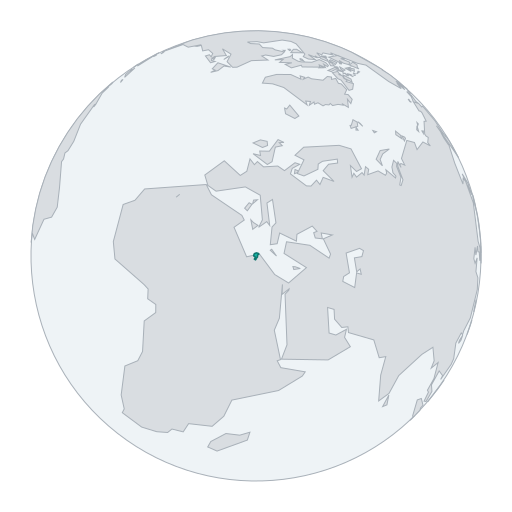 Al Marj highlighted on a globe, orthographic projection, rotated 38°
{"feature_id": "LBY-2981", "entity_name": "Al Marj", "entity_type": "Municipality", "adm_level": 1, "iso_a3": "LBY", "parent_name": "Libya", "parent_adm1": "", "projection": "orthographic", "projection_center": [21.128, 31.907], "detail": "fine", "context": "on_globe", "style": "filled", "palette": "teal", "viewbox_px": 512, "rotation_deg": 38, "n_neighbors": 0, "source": "natural_earth", "source_scale": "10m", "svg_char_len": 10650}
<svg xmlns="http://www.w3.org/2000/svg" viewBox="0 0 512 512"><g transform="rotate(38 256 256)"><circle cx="256" cy="256" r="225" fill="#eef3f6" stroke="#a8b0b8"/><path d="M194.6,39.3L206.1,36.5L233.7,32.2L241.6,31.2L240.5,31.7L249.5,30.8L253.1,30.7L252.3,30.8L262.3,30.8L263.2,31.0L268.5,31.3L268.6,31.7L259.3,31.9L259.2,32.3L266.3,32.4L270.9,33.3L260.5,33.0L267.4,34.7L253.1,36.8L225.1,37.9L217.5,41.6L189.6,50.0L192.5,50.4L183.8,54.7L183.9,57.0L178.7,58.5L183.3,59.2L188.0,57.4L191.6,57.2L192.1,58.6L185.5,60.5L184.3,60.1L182.7,61.5L179.2,62.0L181.2,62.5L173.2,65.1L181.8,64.7L175.9,68.6L170.5,69.8L170.2,66.8L157.0,64.1L151.4,65.4L143.7,69.7L130.8,83.3L124.9,86.4L117.5,92.7L121.0,91.9L128.1,86.9L132.9,87.7L141.0,82.1L144.1,81.8L152.7,77.8L152.2,81.7L147.0,87.9L139.8,91.7L137.4,94.8L144.8,94.2L132.1,104.9L124.8,118.9L121.4,121.7L113.6,120.7L112.0,112.3L102.0,113.4L109.2,116.3L100.6,124.2L99.5,127.3L100.5,129.3L104.0,127.9L101.2,131.7L93.0,129.5L95.4,126.1L98.0,126.6L97.2,123.0L91.6,122.7L87.7,127.2L83.3,123.7L80.5,127.1L78.0,128.7L82.8,123.2L74.0,133.2L68.3,134.3L56.3,153.1L67.3,134.1L70.7,128.3L73.8,123.5L72.4,125.5L82.7,112.1L94.0,99.4L106.2,87.7L119.3,76.9L133.1,67.2L147.7,58.5L162.8,50.9L178.5,44.5L194.6,39.3ZM35.9,208.0L36.1,207.0L36.3,209.0L33.8,220.1L35.8,213.5L34.5,222.4L36.3,234.7L35.5,236.2L36.6,260.2L41.8,277.8L43.0,288.8L42.0,292.4L44.6,298.0L44.7,301.4L59.0,323.0L69.3,339.9L71.0,351.2L66.3,357.6L71.4,379.2L65.5,375.6L70.2,383.5L70.3,383.5L61.3,369.4L53.5,354.7L46.7,339.4L41.1,323.6L36.7,307.5L33.5,291.1L31.5,274.5L30.7,257.8L31.2,241.1L32.9,224.5L35.9,208.0ZM54.4,155.4L53.1,158.7L45.6,179.4L46.7,173.8L47.0,173.4L49.6,166.7L53.3,157.8L54.3,155.6L54.4,155.4ZM57.0,153.9L58.0,151.1L57.5,153.1L57.0,153.9ZM269.2,31.3L270.5,31.3L272.7,31.5L269.2,31.3ZM152.4,76.0L152.5,76.9L150.9,77.1L152.4,76.0ZM156.0,73.5L154.0,73.3L155.4,72.1L156.6,72.3L156.0,73.5ZM274.9,32.5L278.1,33.1L273.3,32.4L274.9,32.5ZM158.2,74.3L158.2,70.1L160.7,68.1L167.5,67.3L158.2,74.3ZM279.0,33.6L286.9,35.8L290.3,35.7L285.1,37.6L280.1,34.8L273.5,33.7L278.1,34.0L279.0,33.6ZM189.3,56.3L184.3,58.2L188.0,55.5L189.3,56.3ZM190.8,54.6L197.1,47.5L204.8,45.8L201.1,48.3L210.7,45.5L211.3,48.1L206.2,50.2L201.1,50.7L205.2,51.4L190.8,54.6ZM281.0,38.6L281.5,39.4L279.2,38.7L281.0,38.6ZM193.3,57.0L193.9,55.5L200.6,53.8L200.6,56.5L198.5,56.1L193.3,57.0ZM212.9,43.7L217.9,43.2L219.8,45.0L221.9,45.2L212.0,48.0L212.9,43.7ZM197.2,57.2L200.5,58.0L197.8,60.1L193.2,58.3L197.2,57.2ZM202.3,52.4L205.5,51.8L203.7,52.9L202.3,52.4ZM190.0,68.8L190.6,66.6L194.1,65.5L190.0,68.8ZM201.9,58.1L202.8,57.4L204.3,56.8L205.8,57.8L201.9,58.1ZM214.0,49.3L213.8,50.4L218.2,48.2L219.8,49.9L212.8,51.6L216.5,51.5L217.0,52.1L210.8,53.0L214.0,49.3ZM211.7,57.2L203.5,60.5L201.7,64.4L198.5,65.5L202.0,59.0L211.7,57.2ZM211.7,54.6L211.0,56.4L207.4,56.5L205.7,55.4L211.7,54.6ZM223.3,50.5L222.7,47.5L224.2,47.2L223.3,50.5ZM211.9,58.2L213.9,57.4L212.2,58.5L211.9,58.2ZM220.6,52.7L220.2,51.6L222.0,51.3L220.6,52.7ZM218.3,56.9L215.6,57.9L214.3,57.1L218.3,56.9ZM219.9,55.0L222.4,54.9L215.5,56.2L219.4,54.5L219.9,55.0ZM222.4,52.6L223.3,52.1L222.3,53.2L222.4,52.6ZM224.6,59.8L216.1,61.6L213.3,59.7L221.9,58.1L224.6,59.8ZM134.7,332.5L119.6,297.2L126.3,286.6L127.0,271.7L172.8,230.3L183.2,235.2L219.9,232.7L224.6,234.9L221.0,246.9L249.1,262.4L257.4,252.3L282.2,259.1L298.3,257.2L302.9,234.1L276.5,236.7L271.3,226.0L291.9,214.4L314.9,212.7L313.6,208.6L298.5,201.0L303.2,192.4L293.2,197.7L297.7,201.6L291.6,205.3L287.1,202.1L288.9,199.0L281.9,197.8L274.9,213.7L278.7,219.4L260.5,223.3L265.1,233.3L260.3,238.3L250.8,223.3L251.3,217.6L234.2,201.3L232.0,207.5L248.0,223.5L243.3,222.3L240.4,231.8L238.8,223.6L221.9,205.5L205.1,208.1L184.6,229.5L174.6,230.0L165.8,223.7L172.4,200.5L194.0,202.2L196.6,194.9L191.5,183.2L198.5,185.0L199.0,180.7L207.1,181.1L217.8,171.7L225.9,171.2L229.3,158.5L234.0,156.8L230.6,164.6L232.6,170.1L252.6,169.7L256.3,167.0L257.0,159.0L262.4,160.3L260.5,152.7L271.6,149.2L256.4,147.4L256.7,139.0L263.1,132.5L260.4,129.6L250.1,140.4L248.4,145.2L251.4,149.6L244.5,163.4L237.8,165.6L234.6,150.7L224.7,152.6L226.6,140.9L253.4,117.6L264.9,113.1L285.4,122.3L283.2,127.5L274.7,126.6L283.2,134.8L282.2,130.6L286.7,131.9L288.2,125.0L291.4,125.7L287.3,118.2L291.4,118.3L294.0,123.1L299.8,113.8L308.3,112.7L308.0,110.3L305.3,108.1L317.9,108.6L317.1,106.9L312.7,106.1L308.3,102.2L305.5,95.9L310.0,96.4L311.6,98.8L321.8,104.8L325.5,111.5L327.0,111.1L324.9,105.5L312.5,98.0L309.5,94.2L315.8,96.9L313.3,95.6L313.2,93.9L317.3,92.8L310.6,89.6L303.7,72.1L311.0,69.0L317.4,73.0L317.3,63.4L325.6,61.9L321.5,60.9L318.7,56.5L316.1,56.8L313.9,56.1L305.5,46.4L307.1,45.0L298.8,41.0L296.7,40.6L295.1,41.3L285.1,37.6L290.3,35.7L294.9,36.5L295.1,35.3L305.3,37.5L313.9,39.3L325.0,43.2L330.8,44.8L330.2,44.2L337.6,46.4L355.1,53.8L343.6,50.1L318.0,42.3L328.7,45.3L327.1,45.5L331.4,47.4L338.9,49.8L339.2,49.5L355.3,60.4L374.8,71.9L371.5,67.4L375.2,68.1L394.5,80.3L422.1,107.8L427.3,111.5L431.4,116.0L435.3,122.0L429.4,115.4L428.3,116.0L424.4,111.7L428.7,119.9L423.3,114.3L429.3,124.0L433.2,126.9L431.4,121.3L438.9,132.9L444.3,136.6L451.1,146.3L463.0,172.8L465.7,186.9L467.2,190.9L465.1,190.3L467.1,201.6L475.0,215.2L476.5,221.2L477.5,239.6L476.7,235.4L471.1,233.8L473.6,249.5L478.0,254.4L479.6,266.0L477.8,266.9L475.7,257.1L473.7,256.2L471.7,243.1L465.1,227.8L463.1,236.5L460.9,228.9L451.6,219.0L447.3,231.3L442.1,262.3L445.4,282.4L441.9,294.7L427.6,273.1L420.2,255.4L415.7,260.3L400.5,249.6L376.0,259.4L372.0,255.2L367.6,259.5L356.8,257.4L350.4,250.0L344.1,252.5L361.0,271.7L367.6,269.1L372.4,258.1L375.9,265.6L386.2,269.4L376.8,293.5L339.6,321.6L335.1,306.9L302.4,268.2L302.9,263.0L302.8,262.5L302.3,261.5L300.2,270.1L294.3,262.1L312.7,290.6L316.1,303.2L339.1,322.6L337.2,325.5L344.3,328.7L366.1,317.0L366.4,322.1L356.6,348.1L325.7,384.4L329.3,402.1L326.3,417.2L306.1,429.6L306.9,439.4L296.3,444.1L295.0,449.5L285.9,455.6L271.2,461.2L247.1,461.8L246.3,457.6L235.3,448.5L220.4,423.4L227.3,411.3L225.4,401.1L207.9,376.0L211.8,362.3L206.9,355.9L197.0,356.4L191.3,348.4L185.2,347.4L146.7,345.2L134.7,332.5ZM157.9,254.3L156.9,258.7L156.9,258.8L157.9,254.3ZM340.0,222.6L353.2,220.1L345.7,207.4L350.2,205.6L346.0,202.1L345.1,206.5L334.7,196.9L339.8,191.3L337.4,185.6L332.9,186.2L325.2,198.2L340.0,211.7L337.7,218.2L340.0,222.6ZM36.4,234.9L36.3,238.6L35.8,236.6L36.4,234.9ZM45.1,177.1L44.3,179.9L43.4,182.8L43.7,181.4L45.1,177.1ZM42.5,198.7L42.4,202.7L41.8,200.4L42.5,198.7ZM44.8,182.4L42.5,196.1L41.5,193.2L43.2,184.8L43.0,188.0L44.8,182.4ZM54.0,158.5L53.1,160.8L52.2,162.2L54.0,158.5ZM56.6,155.3L56.6,154.9L57.8,152.6L56.6,155.3ZM101.2,124.3L101.7,124.6L101.9,127.2L100.3,127.2L101.2,124.3ZM111.9,133.3L107.2,139.2L109.4,134.7L106.3,135.4L107.0,127.2L119.8,122.7L113.8,126.0L111.9,133.3ZM111.6,115.9L109.6,121.0L111.2,115.6L111.6,115.9ZM194.2,158.8L197.1,161.8L194.3,166.5L184.1,168.7L188.0,161.8L194.2,158.8ZM202.0,165.2L201.7,150.7L208.1,149.3L204.5,152.4L208.8,152.9L204.2,158.3L210.6,171.8L208.6,176.9L190.7,177.2L197.7,174.0L194.3,171.0L202.0,165.2ZM189.7,121.2L189.7,116.3L203.6,119.3L202.0,123.7L191.7,125.7L187.4,121.8L189.7,121.2ZM170.1,74.3L169.2,73.3L171.0,72.6L173.3,72.9L170.1,74.3ZM190.0,67.9L176.0,78.6L174.2,77.8L168.1,85.9L161.1,87.0L165.3,81.7L155.4,88.9L156.3,84.6L150.1,89.9L160.2,77.8L160.7,74.7L162.8,77.7L169.2,76.6L172.1,75.2L180.7,69.0L184.9,62.3L192.0,60.7L195.8,61.3L195.9,62.7L191.3,63.2L194.7,64.7L188.1,66.5L190.0,67.9ZM236.9,77.5L231.6,76.2L237.3,82.0L230.7,82.9L231.8,83.5L227.3,86.0L223.7,90.3L220.6,90.1L220.5,92.0L217.5,93.9L216.4,96.4L210.5,97.1L208.6,100.4L206.9,98.9L205.2,104.4L203.8,100.7L199.8,103.3L203.3,105.5L174.2,106.1L163.1,110.1L154.6,115.8L153.3,109.4L160.4,100.3L171.6,91.6L182.5,89.0L179.9,86.9L184.4,85.2L184.5,87.5L186.9,82.9L190.6,82.2L200.6,76.2L201.7,70.6L205.4,68.5L206.8,70.3L209.5,67.0L214.6,69.2L217.3,67.9L225.1,69.1L226.2,73.9L229.2,72.1L235.3,73.3L236.9,77.5ZM226.7,60.2L229.5,65.1L227.3,68.2L214.7,65.0L211.5,65.9L203.3,64.5L206.7,60.3L208.7,61.0L211.5,60.7L209.3,62.1L213.1,60.8L216.0,61.9L219.7,61.3L219.6,63.0L226.7,60.2ZM229.6,230.6L233.2,231.2L238.7,230.7L237.0,237.0L229.6,230.6ZM217.8,218.3L221.0,217.7L221.3,225.7L217.6,225.3L217.8,218.3ZM222.5,210.8L221.2,217.0L219.7,213.4L222.5,210.8ZM233.5,163.8L236.9,162.9L237.3,164.7L235.6,167.5L233.5,163.8ZM252.4,96.9L249.7,95.2L250.6,94.3L248.5,88.9L253.2,88.2L256.3,91.1L252.4,96.9ZM298.6,238.6L294.1,243.4L291.6,241.6L293.6,240.3L298.6,238.6ZM264.2,241.0L272.2,243.4L263.7,242.7L264.2,241.0ZM257.2,95.2L255.7,93.0L259.0,94.0L257.2,95.2ZM256.5,87.4L260.3,88.1L253.5,87.5L256.5,87.4ZM362.5,406.4L345.4,433.7L335.5,436.2L334.6,430.0L341.6,414.4L353.5,407.2L359.7,398.6L362.5,406.4ZM478.8,289.4L478.5,290.7L479.2,286.1L479.5,284.0L478.8,289.4ZM479.1,286.5L477.8,285.4L471.7,270.1L474.0,266.5L479.5,270.8L479.2,274.3L480.1,276.6L479.1,286.5ZM481.1,265.3L481.1,259.1L481.1,252.3L481.2,249.7L480.6,237.9L481.1,265.3ZM446.3,283.8L450.8,292.7L448.5,296.7L446.3,283.8ZM469.4,196.3L469.4,200.2L468.3,197.5L467.6,191.0L469.4,196.3ZM456.4,154.9L460.5,162.8L462.0,166.0L460.0,162.5L456.4,154.9ZM295.2,89.6L293.0,97.5L294.4,103.5L300.1,107.1L291.1,105.8L288.9,96.5L295.2,89.6ZM302.2,74.0L297.1,71.5L299.9,70.8L301.4,71.3L302.2,74.0ZM298.7,73.8L291.5,74.3L289.1,71.7L295.2,71.8L298.7,73.8ZM274.4,83.9L273.4,86.1L270.8,85.2L274.4,83.9ZM470.7,187.9L466.6,176.5L465.7,173.6L468.1,180.2L470.7,187.9ZM431.9,115.3L429.3,112.3L427.0,109.3L429.4,112.2L431.9,115.3ZM422.8,104.6L425.5,107.6L431.9,115.8L432.2,115.9L437.9,123.3L434.8,119.8L426.8,109.6L422.8,104.6L417.6,99.2L411.8,93.3L406.0,88.1L402.0,84.6L405.7,87.7L422.8,104.6ZM403.7,86.2L391.4,76.7L389.2,74.4L391.3,75.9L397.9,81.1L398.7,82.0L403.7,86.2ZM387.8,73.9L388.5,74.9L371.9,66.5L367.9,64.3L379.3,68.6L380.5,69.8L385.0,72.5L387.8,73.9ZM283.8,39.4L281.7,39.4L282.7,38.9L283.8,39.4ZM312.5,56.4L309.7,55.3L310.9,54.4L312.5,56.4ZM302.6,52.0L303.2,53.7L300.7,51.7L302.6,52.0ZM305.0,57.6L302.6,54.2L307.6,57.8L305.0,57.6Z" fill="#d9dde1" stroke="#a8b0b8" stroke-width="1"/><path d="M254.2,253.4L254.9,253.1L255.4,252.8L255.7,252.6L255.9,252.6L256.5,252.6L256.8,252.6L257.1,252.9L257.1,253.1L256.9,253.4L256.7,253.6L256.7,253.9L256.8,254.3L257.0,254.7L257.1,255.1L257.3,255.4L257.7,255.6L257.8,256.0L257.8,256.5L257.8,256.9L257.6,257.2L257.6,257.7L257.8,258.2L257.9,258.4L258.0,258.5L258.0,259.3L257.8,259.4L256.9,259.4L256.6,259.4L256.5,258.5L256.4,258.2L256.3,257.8L256.3,257.4L256.1,257.2L255.9,257.3L255.5,257.3L255.0,257.2L254.8,257.2L254.5,257.4L254.1,257.3L253.9,257.1L253.8,256.7L253.6,256.3L253.4,255.9L253.3,255.5L253.3,255.2L253.4,254.8L253.7,254.4L254.0,254.2L254.1,253.9L254.2,253.5L254.2,253.4Z" fill="#14b8a6" stroke="#0f766e" stroke-width="1.5"/></g></svg>